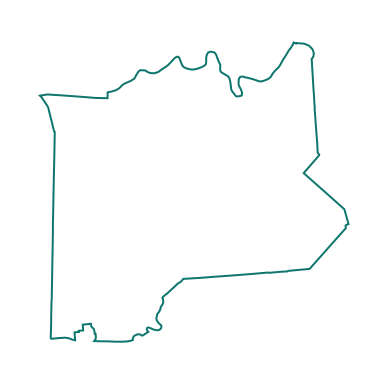 Padureni, Timis, Romania (Albers equal-area conic projection), rotated 4°
{"feature_id": "2599482B54341741042222", "entity_name": "Padureni", "entity_type": "district", "adm_level": 2, "iso_a3": "ROU", "parent_name": "Romania", "parent_adm1": "Timis", "projection": "albers", "projection_center": [21.238, 45.614], "detail": "fine", "context": "isolated", "style": "outline", "palette": "teal", "viewbox_px": 384, "rotation_deg": 4, "n_neighbors": 0, "source": "geoboundaries", "source_scale": "gbopen_adm2", "svg_char_len": 4477}
<svg xmlns="http://www.w3.org/2000/svg" viewBox="0 0 384 384"><g transform="rotate(4 192 192)"><path d="M173.8,295.5L177.9,291.1L181.0,287.9L184.3,284.2L185.0,283.7L186.3,283.0L187.5,281.8L188.3,280.8L189.3,279.3L206.8,277.0L216.7,275.5L238.6,272.4L254.6,270.0L267.4,268.0L273.8,267.0L274.9,267.2L285.9,265.4L292.5,264.6L293.3,264.0L314.7,260.5L336.9,231.6L348.0,217.3L347.5,214.8L347.7,214.4L350.4,213.1L345.2,198.6L337.2,192.4L324.8,182.8L317.3,177.1L302.1,165.4L302.3,165.1L315.0,148.2L316.1,146.7L316.3,145.7L315.1,144.7L314.8,144.3L314.6,143.7L314.4,142.4L313.5,134.4L312.1,125.2L310.7,115.7L309.8,109.0L309.2,105.1L308.5,100.5L308.7,99.9L307.9,95.0L306.9,86.8L306.5,84.2L305.7,78.4L305.2,74.7L304.5,69.2L303.7,62.9L302.1,50.9L302.7,50.2L303.3,48.9L303.7,48.0L303.8,46.6L303.8,45.0L303.4,44.0L302.9,42.5L302.1,41.1L301.3,40.3L298.8,38.1L297.3,37.5L296.3,37.2L295.2,36.7L294.4,36.6L293.6,36.3L293.4,36.2L289.7,36.2L285.6,36.1L285.6,36.6L284.9,36.5L283.0,35.8L282.2,38.1L280.5,41.5L278.7,44.0L276.8,47.8L275.2,50.9L273.7,53.4L272.2,56.8L271.0,59.3L269.4,62.0L267.5,63.9L265.9,65.9L264.3,68.1L262.5,71.7L260.2,73.9L256.5,75.8L253.7,76.8L251.9,77.0L244.9,75.2L240.1,74.3L236.8,73.8L234.6,73.3L233.0,73.5L231.8,74.1L231.3,75.1L230.7,76.7L230.9,79.2L230.9,81.3L231.6,83.0L233.0,85.2L234.0,87.1L235.0,89.2L235.0,90.6L234.8,92.3L233.1,92.9L231.0,93.5L229.3,93.4L228.1,92.1L225.6,89.4L224.3,87.7L223.7,85.6L222.9,81.1L222.2,78.2L221.4,76.2L220.2,74.3L218.5,73.4L216.8,72.5L214.4,71.3L213.0,70.6L212.0,69.6L211.5,67.7L211.4,65.2L211.4,63.7L211.4,63.2L211.1,62.7L209.2,59.4L208.6,58.0L207.6,56.0L206.8,53.9L205.7,52.3L204.5,51.2L203.4,51.0L200.5,50.7L198.3,51.8L197.1,54.4L196.8,57.8L197.1,61.0L197.0,63.1L196.4,64.3L194.1,66.1L190.2,68.1L185.6,69.6L182.9,69.9L180.1,69.5L177.0,68.9L175.2,68.0L174.3,67.4L173.0,65.6L171.8,63.0L170.1,59.3L169.0,58.1L167.4,58.2L165.8,59.2L164.0,61.3L159.2,67.2L156.6,69.3L153.0,72.0L150.2,74.5L146.5,76.1L144.2,76.3L141.4,76.1L139.4,75.4L136.8,74.0L131.9,74.1L130.7,75.0L128.7,78.2L128.0,79.8L127.3,81.4L126.4,83.0L123.2,85.4L118.6,87.8L116.5,89.0L114.7,90.5L113.2,92.4L111.9,93.8L108.8,95.9L105.0,97.3L100.9,98.5L101.2,104.3L95.7,104.6L89.0,104.9L78.9,104.8L68.4,104.7L66.5,104.7L51.5,104.7L42.8,104.8L41.4,104.7L33.6,106.5L35.4,108.1L38.9,112.6L41.5,115.9L42.5,117.5L43.0,118.8L45.3,126.1L46.4,129.3L50.2,141.1L50.9,141.7L51.4,151.3L52.0,162.6L53.7,198.4L54.9,221.7L55.4,232.2L56.0,241.2L56.7,253.9L57.7,273.8L58.7,292.5L59.5,307.6L59.5,310.8L60.1,324.1L60.7,334.2L61.3,347.8L62.1,348.2L64.4,347.9L65.8,347.6L68.2,347.2L69.3,347.0L72.5,346.6L73.5,346.5L74.5,346.3L75.1,346.2L77.2,346.3L78.8,346.4L79.5,346.6L80.4,346.9L80.6,346.9L80.9,346.9L81.4,347.2L83.0,347.6L84.2,347.8L84.7,347.8L85.0,347.9L85.4,348.1L85.5,348.1L85.8,348.1L85.1,343.5L84.6,340.2L89.0,339.5L88.8,338.3L93.1,337.7L92.3,331.9L97.2,331.1L100.4,330.6L100.3,331.3L100.5,331.9L100.9,333.0L101.1,333.4L101.7,334.0L102.6,334.6L103.2,335.1L103.6,335.5L104.0,336.5L104.2,337.1L104.4,338.0L104.6,338.8L104.7,339.6L104.8,340.1L105.3,340.0L105.7,340.1L105.7,340.8L105.9,341.7L106.2,343.1L106.2,344.2L106.0,345.7L104.8,347.5L106.7,347.5L114.6,347.1L116.1,347.0L117.3,346.9L119.8,346.8L125.1,346.7L129.2,346.4L131.1,346.3L133.1,346.2L135.2,345.9L136.3,345.7L137.0,345.7L139.6,345.2L141.4,344.6L143.3,343.8L143.2,343.3L143.2,342.5L143.3,341.7L143.6,340.9L143.9,340.2L144.4,339.6L145.2,339.0L145.6,338.8L146.2,338.5L147.0,338.1L147.5,337.9L148.0,337.7L148.5,337.7L148.9,337.6L149.5,337.7L150.0,337.7L150.9,338.1L151.9,338.6L152.1,338.7L152.8,338.6L153.5,338.2L154.0,337.7L154.6,337.2L155.9,336.4L156.9,335.4L158.2,334.6L157.1,333.3L156.6,332.5L156.5,332.0L156.5,331.5L156.5,331.1L157.0,330.5L157.5,330.2L158.2,330.2L159.7,330.6L160.3,330.8L161.1,331.1L162.6,331.7L164.0,332.0L166.1,332.3L166.7,332.4L167.8,332.2L168.4,332.1L169.3,331.6L169.8,331.1L170.5,330.3L170.8,329.5L170.8,328.9L170.8,328.5L170.8,327.9L170.7,327.5L170.4,327.1L169.4,326.3L168.6,325.6L168.2,325.2L167.5,324.6L167.2,324.3L166.9,324.0L166.6,323.6L166.3,323.1L165.8,322.3L165.4,321.3L165.3,320.1L165.3,319.5L165.5,318.8L165.7,318.3L165.8,317.9L165.7,317.2L165.8,316.6L165.9,316.2L166.2,315.7L166.7,314.9L167.3,314.2L167.8,313.6L167.8,313.3L167.8,312.7L168.1,312.2L168.5,311.5L168.7,310.7L168.8,309.7L168.8,308.8L170.0,307.1L170.8,305.4L171.0,304.4L170.9,303.5L170.8,302.3L170.6,301.4L170.1,300.1L169.8,299.9L170.0,299.3L170.2,298.7L171.1,297.9L172.1,296.9L173.8,295.5Z" fill="none" stroke="#0f766e" stroke-width="2"/></g></svg>